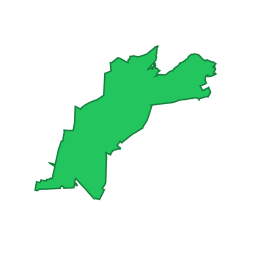 Frecatei, Tulcea, Romania (Robinson projection), rotated 116°
{"feature_id": "2599482B40315374043911", "entity_name": "Frecatei", "entity_type": "district", "adm_level": 2, "iso_a3": "ROU", "parent_name": "Romania", "parent_adm1": "Tulcea", "projection": "robinson", "projection_center": [28.616, 45.13], "detail": "fine", "context": "isolated", "style": "filled", "palette": "green", "viewbox_px": 256, "rotation_deg": 116, "n_neighbors": 0, "source": "geoboundaries", "source_scale": "gbopen_adm2", "svg_char_len": 5504}
<svg xmlns="http://www.w3.org/2000/svg" viewBox="0 0 256 256"><g transform="rotate(116 128 128)"><path d="M152.6,129.1L151.5,128.1L150.2,125.9L149.9,126.0L149.4,126.0L149.1,127.7L148.7,129.3L148.2,130.2L146.1,129.7L143.4,129.3L144.1,127.2L133.8,122.4L130.6,120.7L130.2,120.3L124.6,116.7L122.8,115.7L122.1,114.9L121.8,114.8L121.2,114.8L120.6,115.1L119.1,115.0L118.0,114.7L116.7,114.7L113.3,114.2L107.8,114.8L103.5,115.5L100.5,115.9L98.6,116.2L97.2,116.4L97.2,116.9L96.9,116.5L96.5,116.3L94.4,112.7L93.5,111.8L93.5,111.6L93.2,111.1L89.3,105.0L87.9,103.0L86.9,101.1L85.5,99.2L84.7,98.1L80.5,94.1L79.9,93.3L79.2,92.5L77.9,90.2L76.9,88.7L77.0,88.6L74.4,85.4L73.2,83.1L72.8,82.7L72.7,82.7L71.6,81.3L71.2,80.7L71.1,80.0L70.9,79.6L70.7,79.3L70.6,78.4L70.7,78.1L71.1,77.1L71.5,76.5L70.8,76.6L70.6,76.6L69.7,76.1L69.1,75.4L67.8,73.9L66.8,73.0L66.3,72.4L65.6,71.7L65.3,71.1L65.0,69.7L60.1,69.4L59.7,69.5L59.1,70.0L58.3,70.8L57.9,71.5L57.5,72.0L56.8,72.5L56.1,73.3L57.0,73.7L58.7,75.2L60.5,76.3L61.5,77.4L60.9,77.9L60.9,78.1L60.7,78.7L59.9,79.7L59.6,80.3L58.6,81.6L57.3,80.3L53.8,77.4L53.4,77.2L51.3,79.5L51.2,79.4L50.6,79.8L48.8,80.7L47.3,80.9L46.9,79.5L45.8,80.1L45.3,79.3L46.6,78.6L46.0,77.4L45.3,76.4L44.5,75.5L43.1,74.2L41.0,72.6L40.4,73.3L42.1,74.4L40.4,75.8L40.5,75.7L40.4,75.6L39.9,75.2L39.3,75.2L39.0,75.2L37.0,75.1L36.7,75.2L36.7,75.3L36.4,75.5L35.8,76.1L35.4,76.9L35.8,77.4L36.2,77.4L36.3,77.5L36.1,77.8L36.2,78.0L35.9,78.0L35.7,78.3L35.3,78.2L34.8,77.8L34.8,77.4L34.5,77.2L34.1,77.2L34.1,77.3L33.9,77.5L33.8,77.9L33.1,77.7L32.0,77.5L31.8,77.3L31.3,80.0L31.3,80.4L31.5,80.7L32.0,81.6L31.9,82.9L31.9,83.3L32.1,83.6L32.0,84.7L32.2,85.3L32.0,86.8L32.7,87.1L32.9,87.2L33.0,87.7L33.6,87.9L33.9,88.1L33.7,88.5L33.6,89.0L33.6,89.9L33.4,90.8L33.2,91.9L32.7,92.8L32.5,93.5L32.1,94.0L31.9,95.1L31.7,95.4L31.4,95.7L31.5,97.7L32.0,99.7L32.1,100.3L32.5,100.9L33.6,102.3L33.8,102.6L34.0,103.1L34.3,103.5L35.0,103.7L36.3,104.4L37.0,104.8L37.3,105.0L38.0,104.8L39.1,104.8L39.5,104.9L40.0,105.1L40.6,105.4L41.0,106.0L41.6,106.2L41.9,106.2L42.0,106.1L43.0,106.7L44.1,107.5L46.0,108.6L46.1,108.8L46.8,109.4L46.9,109.6L46.8,109.8L47.0,109.9L47.3,109.6L47.8,109.9L48.1,109.9L49.4,109.9L52.0,111.4L52.1,111.5L52.9,111.9L53.0,112.0L54.1,112.4L54.5,112.7L54.9,112.7L55.4,112.6L55.9,112.9L56.7,112.8L58.4,114.7L58.9,115.1L59.7,115.6L62.6,116.9L63.3,117.3L63.9,117.9L64.3,118.5L66.3,123.4L66.6,123.7L68.1,124.7L69.2,125.9L68.3,125.6L66.7,125.2L66.4,125.2L66.3,125.3L66.4,125.6L66.1,125.6L65.5,125.8L65.1,125.6L64.5,125.7L63.8,125.5L63.5,124.9L63.1,124.7L62.6,124.5L62.5,126.2L61.6,127.8L61.9,128.7L62.3,129.7L60.9,130.3L59.7,130.7L60.0,131.3L59.6,131.5L59.0,131.5L58.3,131.6L58.1,131.8L58.2,132.6L61.0,132.3L63.1,131.8L64.4,131.7L64.4,131.8L64.3,132.0L62.7,132.2L62.6,133.1L63.8,133.3L64.2,133.6L64.4,133.7L64.9,134.0L65.1,135.0L65.4,135.1L65.7,135.5L66.2,135.6L66.8,135.5L67.0,135.8L66.9,135.9L66.6,135.8L65.8,135.7L57.7,133.4L55.2,132.8L54.5,132.8L51.8,133.4L51.5,133.6L51.3,134.1L51.1,134.2L51.1,134.4L50.2,134.7L48.5,134.9L47.8,135.2L46.4,136.0L45.2,136.2L44.0,136.8L43.6,136.9L41.3,136.9L41.2,137.0L41.6,137.5L41.9,137.5L42.1,137.6L42.5,138.2L43.5,139.2L44.0,139.4L44.7,139.5L50.7,142.3L52.9,143.2L53.2,143.4L56.3,146.4L59.3,149.6L59.5,149.9L60.4,152.6L60.5,153.6L60.8,154.8L61.4,155.4L61.9,155.8L62.2,156.4L62.2,156.8L62.8,157.5L63.7,157.3L64.5,156.9L65.3,156.9L65.8,157.1L66.2,157.6L66.6,157.7L66.9,157.6L69.1,156.7L69.1,157.7L69.3,158.9L69.0,165.0L69.1,166.7L69.2,167.2L69.3,167.8L69.5,168.0L69.9,168.1L71.1,168.8L71.4,168.8L71.9,169.2L72.1,169.3L72.3,169.2L72.9,169.4L73.9,170.2L74.5,170.3L74.6,170.2L75.4,170.8L76.1,170.9L76.6,171.4L77.0,172.5L82.9,169.0L84.2,168.2L88.9,172.4L89.1,172.7L89.3,172.6L93.8,170.7L94.2,170.3L94.4,170.3L94.6,170.4L94.8,170.3L95.8,169.8L102.2,167.2L106.9,165.1L109.4,164.2L116.8,168.6L116.8,169.0L117.3,169.3L120.3,172.2L122.9,174.3L125.3,176.1L129.4,178.3L130.1,178.6L131.8,178.7L131.7,184.9L146.4,178.4L154.3,176.2L155.3,178.3L156.0,179.4L156.3,180.2L156.4,180.6L156.9,181.2L157.0,182.1L157.6,183.7L157.9,184.4L158.1,184.6L158.5,184.4L158.8,183.7L161.4,183.0L168.6,180.9L169.0,182.1L171.0,182.0L175.1,181.2L175.7,181.4L179.5,180.6L192.7,177.4L193.8,182.9L194.1,182.2L194.3,179.0L194.5,176.9L196.1,176.5L196.4,176.4L206.8,174.0L207.3,175.9L207.8,176.2L208.5,176.1L209.8,177.9L209.9,178.2L209.8,178.4L209.8,178.5L210.3,178.5L210.9,178.2L211.3,178.2L212.1,180.5L212.6,182.4L213.0,183.5L215.1,183.0L215.4,183.0L215.7,183.5L216.5,186.6L217.3,186.2L218.5,185.9L219.0,185.9L221.6,185.2L224.7,184.1L224.0,182.2L223.6,181.6L223.2,181.6L222.0,181.0L220.8,178.9L220.1,177.1L219.1,175.6L218.1,173.5L216.1,170.1L214.1,166.4L213.4,165.4L213.3,165.0L211.9,162.4L211.3,162.6L210.7,162.7L210.2,162.6L209.1,162.0L208.7,161.3L209.0,160.9L209.6,160.0L210.2,159.3L209.8,158.5L209.6,158.3L207.6,154.6L206.9,153.0L206.4,152.3L205.4,150.5L202.0,151.3L202.2,148.6L201.6,148.6L201.5,149.4L201.3,150.1L200.7,150.0L200.6,150.3L200.5,151.5L200.5,152.2L196.2,153.0L196.4,152.3L198.8,146.6L201.7,138.9L203.3,135.4L206.5,127.3L205.9,126.7L205.5,126.0L205.4,125.6L205.4,125.1L205.0,124.0L204.8,123.4L204.7,122.3L197.7,122.2L197.0,122.1L196.7,122.2L194.3,122.2L194.2,122.2L194.3,122.3L193.8,124.1L193.5,124.6L191.2,124.3L190.2,124.1L188.2,124.0L186.9,124.2L186.0,124.5L183.1,125.9L180.9,126.8L165.9,133.6L165.8,133.8L165.7,133.9L165.5,133.7L163.7,134.5L159.9,137.0L159.9,134.5L159.7,131.9L158.2,132.1L157.2,132.1L156.5,131.9L155.7,131.7L154.0,130.9L152.6,129.1Z" fill="#22c55e" stroke="#15803d" stroke-width="1.5"/></g></svg>